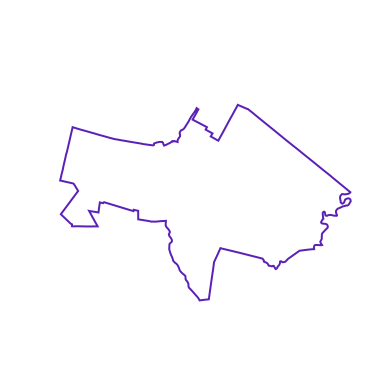 Parta, Timis, Romania, rotated 312°
{"feature_id": "2599482B10795171488461", "entity_name": "Parta", "entity_type": "district", "adm_level": 2, "iso_a3": "ROU", "parent_name": "Romania", "parent_adm1": "Timis", "projection": "orthographic", "projection_center": [21.142, 45.621], "detail": "fine", "context": "isolated", "style": "outline", "palette": "violet", "viewbox_px": 384, "rotation_deg": 312, "n_neighbors": 0, "source": "geoboundaries", "source_scale": "gbopen_adm2", "svg_char_len": 5793}
<svg xmlns="http://www.w3.org/2000/svg" viewBox="0 0 384 384"><g transform="rotate(312 192 192)"><path d="M297.8,309.8L297.4,301.1L297.1,294.6L296.7,286.0L296.7,284.0L296.1,274.3L295.5,262.3L294.8,249.6L294.4,241.5L294.0,235.7L293.6,228.9L292.9,214.0L291.7,191.1L291.4,183.8L291.0,177.7L290.6,177.3L288.1,169.8L287.4,167.7L287.1,167.8L284.9,168.4L281.8,169.1L278.0,170.0L276.0,170.5L272.8,171.2L269.8,171.9L263.2,173.5L260.5,174.2L256.3,175.2L253.3,175.9L252.3,176.1L247.7,177.2L246.3,170.8L245.8,168.8L249.3,168.0L248.1,163.1L247.5,160.4L250.2,159.7L249.8,158.2L248.4,152.7L247.1,147.6L246.4,144.8L246.2,144.0L249.4,143.3L253.2,142.5L254.0,142.3L254.2,142.2L254.6,142.2L255.2,142.0L255.8,141.8L256.5,141.7L257.7,141.4L257.6,141.1L257.6,140.9L257.5,140.4L257.5,140.0L257.4,139.3L256.2,139.8L255.9,139.9L255.5,139.9L255.1,140.0L254.5,140.1L253.6,140.3L252.5,140.4L251.0,140.6L249.8,140.7L249.4,140.8L248.5,140.9L247.7,141.0L246.9,141.1L246.2,141.3L245.5,141.4L244.5,141.6L243.2,142.0L242.4,142.2L241.6,142.4L240.7,142.5L239.8,142.7L238.9,142.8L238.2,142.9L237.7,143.0L236.6,143.2L235.7,143.4L234.7,143.5L234.1,143.6L233.7,143.6L233.4,143.6L232.3,143.4L231.9,143.3L231.5,143.1L230.7,142.7L230.0,142.6L229.9,142.6L228.8,142.9L228.4,142.9L228.0,143.1L227.8,143.2L227.5,143.5L227.3,143.6L227.2,143.9L227.0,144.1L226.7,144.7L226.4,144.9L225.9,145.4L225.7,145.6L225.4,145.8L224.9,145.9L224.3,146.1L223.7,146.1L223.1,146.1L222.5,146.2L222.0,146.3L221.6,146.4L221.0,146.7L220.6,146.9L220.3,147.1L220.0,147.3L219.5,147.8L218.7,146.1L218.5,145.8L218.5,145.7L218.4,145.6L218.3,145.4L218.2,145.2L218.1,144.9L217.9,144.9L217.7,144.7L217.2,143.9L216.8,143.4L216.3,143.8L216.2,143.7L215.2,143.1L214.9,143.0L214.6,143.0L214.2,142.9L213.7,142.8L213.3,142.6L212.1,142.1L210.5,141.5L209.4,141.0L208.9,140.8L207.8,140.2L208.0,139.6L208.8,138.1L209.2,137.3L209.3,136.4L207.2,134.1L205.2,132.7L202.9,131.4L202.6,131.4L201.8,131.9L200.8,132.6L201.0,132.5L198.2,128.4L196.7,126.2L195.2,124.0L194.8,123.4L194.7,123.1L193.3,120.8L190.8,116.9L187.1,111.1L182.5,103.8L179.2,98.5L178.6,97.3L177.2,94.6L173.7,87.5L172.3,84.8L172.1,84.3L171.7,83.5L170.0,79.9L168.5,76.9L165.9,71.6L163.7,67.2L162.2,64.0L160.3,59.9L160.0,60.1L154.9,62.9L145.9,67.9L137.0,72.8L136.6,72.8L130.8,76.1L128.4,77.4L125.0,79.3L121.6,81.3L117.9,83.2L115.3,84.7L112.3,86.3L118.0,96.5L118.8,97.9L118.9,98.9L116.6,106.7L87.7,109.4L87.4,120.3L87.3,122.6L87.4,123.5L87.7,124.5L86.2,125.7L86.5,126.1L91.2,131.3L95.4,136.2L103.0,144.6L103.3,144.9L106.9,134.4L109.1,128.2L109.6,129.1L112.4,133.3L114.2,136.2L117.8,133.7L122.6,130.5L124.3,133.5L125.6,133.5L134.2,151.9L138.2,160.4L138.6,161.3L139.8,160.6L142.0,164.6L135.7,170.3L137.8,173.6L140.8,178.2L143.0,181.9L144.5,183.4L144.8,183.9L144.9,184.1L149.1,188.0L150.4,189.2L150.4,189.3L153.1,191.9L151.1,193.5L149.5,194.8L149.1,195.7L148.8,196.9L148.6,198.9L148.3,200.6L147.6,202.2L147.2,202.5L146.6,202.7L145.7,202.9L145.1,203.1L144.6,203.8L144.1,204.8L143.8,206.6L143.2,208.5L142.9,209.1L142.3,209.8L141.6,210.2L141.0,210.2L140.0,210.1L139.0,210.0L138.4,210.1L137.8,210.4L137.1,211.0L136.1,211.8L134.3,213.3L133.4,214.7L132.3,216.5L131.2,218.6L130.3,220.7L129.3,222.6L128.5,223.7L128.2,224.6L128.1,225.9L128.1,227.1L128.2,228.6L128.1,229.7L127.7,231.1L127.1,232.5L126.6,233.6L125.8,234.8L125.4,236.1L125.2,237.5L125.1,239.1L125.2,241.5L125.2,243.1L124.6,243.9L123.8,244.7L122.8,245.8L122.5,246.9L122.3,248.5L121.9,249.6L121.3,250.8L120.6,251.5L119.4,252.7L118.9,253.6L118.8,254.9L118.7,256.8L118.2,261.2L117.7,265.5L117.4,267.6L116.8,269.5L116.5,270.2L118.8,272.1L123.5,276.3L134.9,268.6L140.4,264.9L148.4,259.6L154.7,255.3L163.8,252.5L169.3,250.7L170.1,252.3L176.2,263.5L179.9,270.4L182.1,274.6L185.4,280.8L189.7,289.0L189.5,289.5L189.4,290.3L189.2,291.1L189.0,291.5L188.8,291.6L188.5,291.8L188.4,292.4L188.7,292.8L188.7,293.2L189.0,293.8L189.2,294.4L189.3,294.9L189.4,295.7L189.4,296.2L189.1,296.9L188.9,297.5L188.6,298.2L188.7,298.6L188.8,298.8L189.1,299.0L189.4,299.4L189.7,300.0L189.8,300.4L190.1,301.0L190.7,301.4L191.1,301.5L191.4,301.8L191.7,302.0L191.7,302.6L191.3,303.7L190.8,305.4L190.8,305.8L191.4,306.1L192.3,306.1L192.8,306.0L193.3,305.8L194.4,305.6L195.1,305.6L195.6,305.7L196.2,305.6L197.2,305.3L197.9,305.0L198.4,304.7L198.9,304.3L199.1,304.0L199.4,304.0L199.8,304.2L200.1,304.5L200.2,304.9L200.3,305.4L200.3,306.1L200.7,306.5L201.0,306.8L201.3,307.2L201.8,307.5L202.4,307.8L202.7,308.0L206.0,308.1L206.5,308.1L214.5,309.9L220.3,311.2L226.0,316.1L228.8,318.6L231.3,321.0L232.2,319.8L233.6,319.0L234.5,318.8L235.6,319.5L237.3,321.6L238.2,322.8L238.9,323.6L239.6,324.1L240.1,322.0L240.5,321.2L241.0,320.6L241.6,320.4L243.3,320.0L243.7,319.9L244.3,319.6L245.1,318.8L246.4,317.7L247.9,316.6L248.6,316.5L249.3,316.4L250.9,316.5L253.1,316.5L254.7,316.6L256.0,316.7L257.0,316.2L257.6,315.5L258.0,314.7L258.1,313.9L257.9,313.2L257.5,312.3L256.2,310.6L255.5,309.3L255.8,308.3L256.5,307.9L257.8,307.7L259.1,307.4L260.0,307.6L260.7,306.5L261.9,305.2L262.9,304.1L264.0,303.1L264.9,303.0L265.7,303.2L265.9,303.9L265.5,304.8L264.5,306.0L263.9,306.9L264.0,307.3L264.3,307.8L264.7,308.3L265.9,308.7L266.7,309.4L267.6,310.2L268.2,311.1L269.2,313.0L270.5,314.7L271.0,315.3L271.5,315.5L271.9,315.1L272.2,314.4L272.6,313.6L273.1,312.8L273.7,312.1L274.9,311.5L276.2,311.4L277.1,311.5L278.2,312.0L279.7,312.7L282.2,313.7L283.6,314.7L285.1,315.6L285.8,316.4L286.6,316.8L287.9,316.9L290.0,316.4L291.2,316.2L291.9,315.5L292.4,314.7L292.5,314.1L292.4,313.4L292.2,312.9L291.4,312.0L290.3,311.3L288.8,310.9L287.3,311.5L285.9,312.0L285.1,312.0L283.9,311.5L283.7,310.9L283.8,309.7L283.9,309.3L284.1,309.1L284.9,308.4L285.7,307.1L286.7,305.9L288.1,305.0L290.2,304.8L290.7,304.8L291.5,305.7L292.6,307.3L294.2,308.6L295.5,309.5L296.2,309.7L296.7,309.9L297.8,309.8Z" fill="none" stroke="#5b21b6" stroke-width="2"/></g></svg>